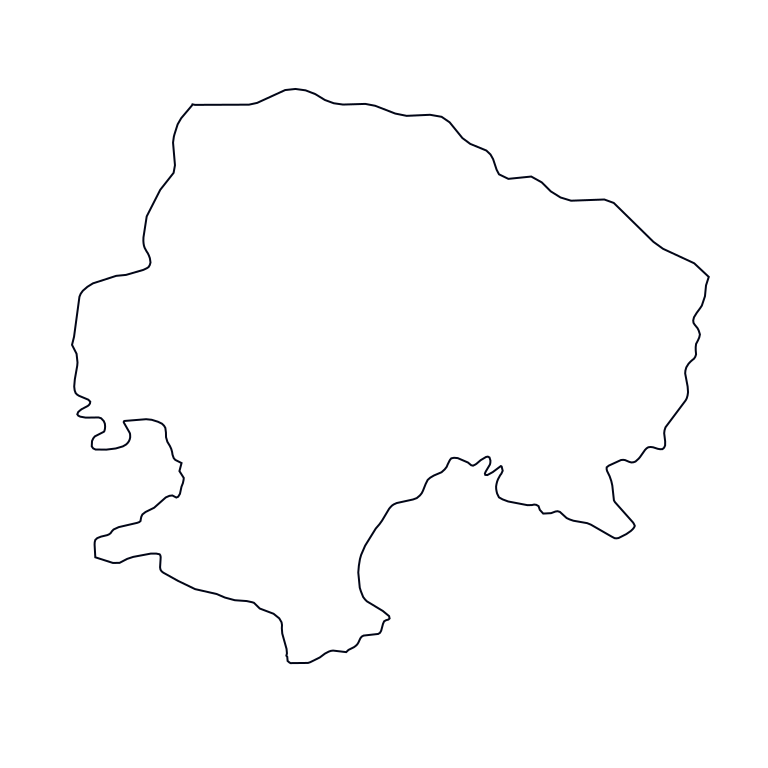 the border of Karachay-Cherkess, rotated 185°
{"feature_id": "RUS-2280", "entity_name": "Karachay-Cherkess", "entity_type": "Republic", "adm_level": 1, "iso_a3": "RUS", "parent_name": "Russia", "parent_adm1": "", "projection": "orthographic", "projection_center": [41.758, 43.838], "detail": "fine", "context": "isolated", "style": "outline", "palette": "ink", "viewbox_px": 768, "rotation_deg": 185, "n_neighbors": 0, "source": "natural_earth", "source_scale": "10m", "svg_char_len": 4841}
<svg xmlns="http://www.w3.org/2000/svg" viewBox="0 0 768 768"><g transform="rotate(185 384 384)"><path d="M180.6,587.0L170.9,584.4L128.0,549.1L117.8,543.0L85.5,531.3L69.8,519.0L71.8,510.3L71.9,499.4L74.2,489.8L75.6,487.2L78.7,482.1L81.0,477.5L81.5,474.3L81.0,471.9L79.7,470.2L76.5,466.9L75.1,464.6L73.6,460.9L74.0,457.9L75.0,454.9L76.6,451.1L76.7,447.9L76.4,444.7L75.7,440.7L76.3,438.2L77.4,436.2L78.9,434.8L80.6,433.0L82.4,430.7L84.3,426.9L84.9,423.7L84.9,420.8L81.3,407.9L80.4,402.3L80.6,398.9L81.2,396.0L82.1,393.9L99.8,365.4L100.5,362.3L100.6,359.4L98.9,351.3L98.6,347.3L99.4,345.0L100.9,343.4L103.2,343.1L105.6,343.3L110.4,344.4L112.9,344.5L115.2,344.0L116.8,342.8L118.2,341.1L122.6,333.5L123.8,331.8L126.7,328.7L128.6,327.8L130.7,327.4L132.9,327.8L137.2,329.2L139.2,329.3L141.3,328.9L152.9,322.3L154.9,320.4L154.8,318.6L154.2,316.8L151.2,311.8L149.1,307.1L147.7,302.7L144.8,288.1L143.6,286.4L123.7,267.6L122.6,266.0L121.8,264.5L122.4,262.8L123.6,261.0L125.3,259.1L129.5,255.6L136.9,251.0L139.0,250.5L140.8,250.5L144.1,251.9L165.6,261.9L169.5,263.1L183.4,264.3L187.4,265.3L190.4,266.4L197.6,271.9L200.0,272.4L202.1,271.9L206.3,269.9L214.1,268.8L217.8,272.2L219.4,275.8L221.8,276.9L223.9,277.0L226.1,276.3L230.5,275.8L250.1,277.8L255.8,279.4L259.6,281.1L261.8,284.8L262.5,286.9L263.1,289.2L263.4,291.7L263.2,294.2L262.8,296.7L262.1,299.1L260.3,303.3L259.3,304.8L258.2,307.9L259.6,312.0L260.0,312.3L260.5,312.4L268.0,305.7L273.1,302.3L275.2,302.3L275.7,303.6L275.0,305.7L271.5,312.9L271.4,313.4L271.2,314.8L271.3,317.0L272.5,320.0L274.2,320.7L276.0,320.2L281.1,316.5L285.0,312.5L286.2,311.6L288.2,310.4L290.1,310.7L293.5,313.1L304.1,316.6L307.8,316.6L310.5,315.8L311.5,314.4L312.0,313.4L313.6,309.3L314.3,307.0L316.1,304.2L319.0,301.1L326.3,297.2L329.8,294.7L332.1,292.3L333.8,288.0L335.9,281.0L336.9,278.5L338.5,276.1L341.4,273.2L345.0,271.5L361.0,266.5L363.8,264.9L365.4,263.6L366.8,261.9L368.0,260.2L374.0,247.8L376.3,243.9L379.6,239.3L388.7,221.3L391.9,211.7L392.7,207.5L393.2,200.8L393.2,194.0L390.4,179.0L389.0,175.6L386.2,170.0L384.1,167.7L382.1,166.0L365.4,157.8L358.7,153.2L358.0,150.9L359.1,149.7L361.3,148.9L363.2,147.6L364.1,144.9L365.3,138.0L366.3,135.8L368.0,134.5L382.4,131.6L384.2,130.4L385.4,128.6L387.0,124.1L388.0,122.2L389.4,120.6L391.0,119.2L396.2,116.0L398.3,113.6L411.5,114.0L413.7,113.5L415.7,112.6L419.3,110.3L424.1,106.0L433.3,100.4L435.4,99.5L452.8,97.8L454.1,98.4L455.9,99.7L456.6,103.8L457.6,104.8L457.2,107.2L458.0,111.6L463.6,126.5L464.5,131.8L464.6,135.0L465.3,137.7L467.9,141.4L474.0,145.5L488.2,149.5L494.5,154.7L496.3,155.1L501.8,155.8L513.8,155.6L523.9,157.4L532.4,160.2L554.3,163.2L572.0,169.9L587.4,176.8L589.2,178.0L590.5,179.6L591.1,181.9L591.3,189.9L591.4,192.2L591.9,193.8L592.7,194.8L596.1,195.2L601.6,194.7L618.8,189.9L624.6,187.4L631.8,182.8L638.4,182.1L656.5,186.2L658.3,198.7L658.4,201.2L658.0,203.5L656.2,205.5L652.6,207.3L646.6,209.3L644.9,210.2L643.4,211.5L642.2,213.6L640.7,215.5L635.8,218.3L617.7,224.2L615.8,225.1L614.6,226.3L614.5,228.2L614.2,230.6L613.3,233.0L610.4,235.7L602.2,240.7L591.5,252.0L588.0,253.9L585.1,254.5L581.0,252.8L579.2,253.8L577.7,256.8L576.8,264.0L575.7,267.7L575.3,271.0L575.3,273.0L580.2,279.4L578.8,287.6L585.3,290.2L587.0,291.8L588.5,295.1L589.2,297.9L590.3,300.8L591.9,303.6L594.8,307.6L596.5,312.0L597.0,316.6L598.0,321.2L599.5,323.3L601.7,325.1L605.9,326.7L612.3,328.1L617.9,328.2L639.1,324.6L639.8,324.2L640.0,323.4L639.6,322.6L633.3,313.5L632.8,312.6L632.6,311.9L632.4,310.7L632.2,308.7L632.5,306.6L633.2,304.6L634.3,302.8L635.7,301.2L638.7,299.1L645.6,296.4L655.0,294.4L665.7,293.6L668.1,294.5L669.7,296.4L669.9,301.7L668.9,304.5L667.5,306.6L658.9,312.0L658.6,312.4L658.4,313.1L658.1,314.9L658.1,317.3L658.6,320.1L659.9,322.6L662.8,325.2L665.4,325.8L678.2,324.5L683.7,325.0L685.8,325.8L686.9,327.1L686.2,329.4L684.7,331.0L683.1,332.5L677.2,336.3L676.0,337.5L675.2,339.0L675.1,340.8L677.2,342.6L686.9,345.7L688.8,346.7L690.4,348.1L691.6,350.7L692.4,354.5L692.4,361.7L691.2,375.4L691.2,378.7L692.9,387.3L698.2,395.8L696.9,404.0L695.0,444.4L694.0,447.5L692.1,450.7L687.9,455.0L682.7,458.9L660.2,468.4L650.5,470.2L633.7,476.7L630.3,478.7L628.7,480.0L627.7,482.1L627.2,484.7L628.2,488.9L629.4,491.5L630.7,493.7L632.0,495.3L634.3,498.8L635.2,500.9L635.8,503.2L636.2,505.6L636.4,509.1L635.0,530.3L623.8,558.0L612.0,576.0L611.3,583.7L615.2,606.1L614.9,612.1L614.5,614.4L612.2,624.7L609.2,631.1L599.5,644.9L599.2,645.9L596.6,645.6L542.9,650.5L534.8,653.0L533.1,654.0L508.1,668.2L497.9,670.2L487.7,669.7L477.7,666.8L467.7,661.8L458.5,659.3L449.2,658.8L427.0,661.4L417.1,660.4L396.4,654.4L384.8,653.1L361.6,656.2L349.9,655.2L341.4,650.4L327.3,635.8L319.0,630.7L302.4,625.5L297.9,621.9L294.9,617.5L290.5,607.3L287.7,602.9L278.0,599.2L255.4,603.5L244.4,598.6L234.6,590.4L224.4,585.2L213.6,582.9L180.6,587.0Z" fill="none" stroke="#020617" stroke-width="2"/></g></svg>